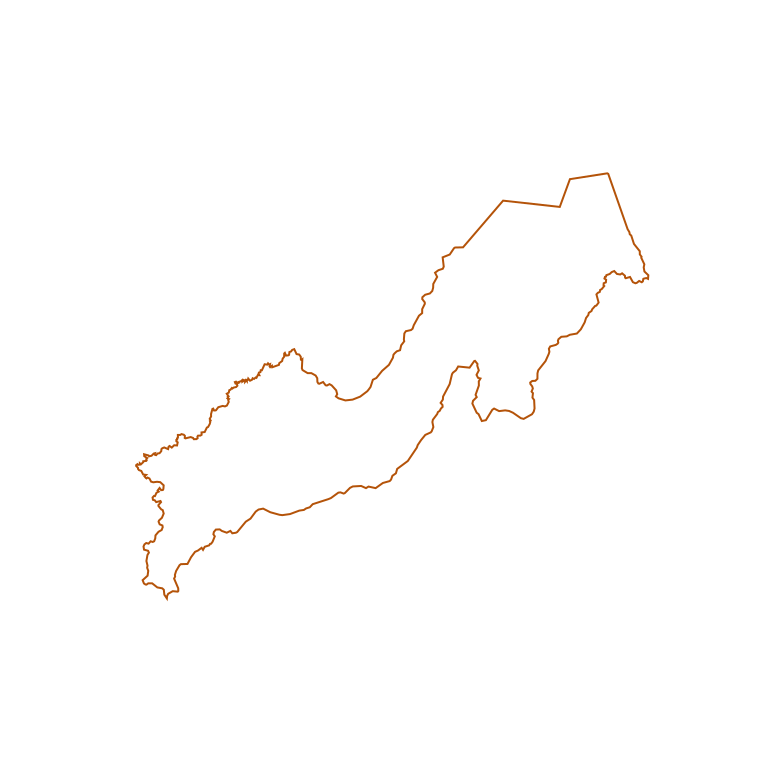 Balsas, Maranhão, Brazil, rotated 34°
{"feature_id": "56859067B97951536873323", "entity_name": "Balsas", "entity_type": "district", "adm_level": 2, "iso_a3": "BRA", "parent_name": "Brazil", "parent_adm1": "Maranhão", "projection": "natural_earth1", "projection_center": [-46.459, -8.287], "detail": "fine", "context": "isolated", "style": "outline", "palette": "amber", "viewbox_px": 768, "rotation_deg": 34, "n_neighbors": 0, "source": "geoboundaries", "source_scale": "gbopen_adm2", "svg_char_len": 6163}
<svg xmlns="http://www.w3.org/2000/svg" viewBox="0 0 768 768"><g transform="rotate(34 384 384)"><path d="M274.4,447.2L274.8,450.2L274.0,450.3L273.4,452.5L271.9,452.7L272.2,454.3L271.1,456.2L268.4,455.4L268.8,456.7L268.1,457.4L268.7,458.3L267.8,458.0L267.6,459.8L266.7,458.4L265.5,460.9L265.0,459.3L264.4,459.4L263.9,461.6L262.4,463.6L263.0,464.0L262.6,464.7L262.1,465.3L260.0,464.8L259.3,465.8L260.7,466.7L262.0,466.2L263.4,467.4L263.1,469.2L261.3,471.1L260.9,472.5L260.1,472.4L259.9,474.7L259.2,475.6L260.1,477.9L259.1,480.0L261.0,480.7L261.3,481.5L262.1,481.3L262.2,483.4L263.9,483.1L263.7,484.3L265.3,485.7L265.8,489.7L264.7,491.5L262.5,492.4L259.6,495.9L259.4,499.7L258.7,500.5L257.8,501.0L256.2,499.9L255.7,500.6L257.4,505.6L258.8,507.6L259.0,510.4L260.7,511.2L260.4,512.1L261.2,512.6L261.9,514.6L262.2,518.0L261.5,519.2L262.2,524.1L259.8,526.2L261.2,528.1L260.6,529.5L258.7,530.8L258.7,531.9L259.8,533.2L259.3,534.6L257.2,536.1L255.9,535.5L253.4,536.1L249.8,540.1L249.0,540.2L247.9,538.3L246.4,538.0L244.1,538.8L243.6,540.1L241.6,541.5L243.2,543.8L242.8,544.8L243.6,545.7L243.1,546.5L243.9,547.6L245.6,547.7L246.8,550.7L244.3,552.1L243.6,555.4L240.9,555.3L240.5,556.4L241.4,558.7L237.3,559.5L236.1,561.3L235.9,562.4L236.9,564.3L236.6,566.9L235.1,568.3L234.9,570.4L233.9,570.8L233.0,570.5L232.8,569.5L232.0,570.4L231.4,573.5L229.7,575.3L228.8,574.9L224.4,576.4L225.6,577.9L229.1,577.8L228.9,579.3L229.9,579.9L229.9,580.7L227.6,582.7L228.1,583.5L227.4,586.5L226.0,586.3L226.7,587.3L225.3,588.5L224.4,588.3L223.9,589.7L224.3,590.5L227.0,591.1L227.5,591.9L229.0,592.4L231.4,591.8L234.9,593.7L237.6,592.4L237.1,594.5L239.2,595.1L239.9,595.1L240.3,593.8L242.4,593.5L245.5,595.2L247.7,594.5L250.5,592.0L253.4,590.5L258.0,591.2L259.8,594.4L259.9,595.6L258.6,596.6L256.1,595.7L255.9,598.9L257.4,599.2L256.2,601.4L256.8,605.0L255.9,605.4L255.6,607.5L257.2,609.2L259.0,608.6L261.2,609.3L264.1,606.0L265.2,606.6L264.7,610.6L265.3,611.3L269.4,612.5L271.1,612.3L273.8,614.6L274.7,619.1L273.8,623.0L274.1,624.2L276.5,625.8L279.4,625.2L280.6,626.4L281.3,629.4L279.7,632.6L279.2,637.3L280.7,639.9L281.4,642.9L280.6,644.3L278.5,644.9L278.1,648.0L275.8,648.8L275.1,650.9L275.5,653.2L277.7,655.5L281.7,654.2L283.4,655.3L283.5,658.0L286.0,663.6L289.5,666.8L290.4,668.8L293.0,670.7L295.2,675.1L293.6,681.6L296.5,683.6L298.4,683.6L299.3,683.1L300.0,681.1L303.3,678.9L309.8,679.4L314.4,677.4L316.5,677.7L319.7,681.5L323.9,683.2L322.7,681.0L322.4,678.6L324.7,673.9L329.1,671.5L329.2,670.6L327.6,668.4L318.8,662.7L318.5,660.4L317.4,659.2L316.2,655.2L315.8,648.5L316.4,646.9L321.7,643.1L320.9,635.5L321.2,628.8L322.9,626.1L324.4,621.8L326.7,622.7L326.4,619.2L329.3,615.5L329.2,613.8L330.0,613.1L330.1,610.6L328.9,604.9L326.6,604.0L325.7,601.8L326.0,598.7L329.1,596.4L331.7,596.5L336.8,595.2L338.8,591.7L341.7,592.6L344.4,590.1L345.1,588.8L346.4,575.4L348.6,570.3L349.0,561.5L350.2,558.2L353.5,554.9L361.4,553.9L370.4,550.9L373.0,549.6L378.8,544.4L384.6,536.3L388.0,533.2L389.0,530.7L391.4,527.7L392.1,523.5L402.3,510.5L403.8,508.2L406.9,499.6L408.5,498.2L411.8,497.4L412.5,496.4L413.9,489.1L415.4,486.4L422.1,481.3L427.3,480.4L428.5,477.7L435.3,475.0L438.4,466.7L443.0,461.3L443.3,459.3L442.3,455.4L443.8,451.4L442.4,447.0L446.8,434.5L446.8,418.4L446.1,415.8L446.1,409.7L446.7,403.1L449.8,398.0L450.0,396.7L449.0,392.1L445.4,388.5L444.5,386.3L444.9,379.1L444.4,377.2L445.2,375.1L444.9,372.5L445.4,370.2L444.2,368.7L441.5,368.0L441.5,364.0L440.0,361.4L438.5,347.4L434.9,337.9L434.8,336.1L436.0,332.4L435.7,328.0L445.8,322.6L446.0,314.5L446.5,313.9L450.3,315.1L451.1,316.7L455.0,319.7L455.6,324.7L458.5,326.3L460.9,325.5L461.1,328.8L463.5,332.2L466.0,341.8L468.2,343.0L467.2,348.1L468.2,350.8L476.9,356.0L479.2,356.1L485.8,360.0L488.7,357.0L488.2,344.8L489.0,342.8L494.6,342.1L499.2,338.1L502.8,336.4L507.0,335.7L516.6,335.8L519.3,334.8L523.6,326.3L523.6,323.2L522.5,320.1L517.4,313.3L514.7,312.3L512.6,308.3L510.6,307.8L509.9,304.5L508.2,303.1L505.3,302.1L504.4,301.0L505.2,298.6L507.7,296.7L508.3,293.9L505.3,289.4L504.2,286.5L505.1,274.7L503.8,267.1L503.1,264.8L501.0,262.6L500.8,259.9L504.6,255.5L505.4,253.5L505.4,252.3L504.0,250.9L503.6,249.3L504.6,245.7L508.9,242.3L510.5,239.3L515.7,234.3L516.6,228.6L515.9,220.7L514.6,216.3L514.8,212.6L514.0,210.5L515.2,207.5L514.8,205.6L515.4,201.2L516.2,200.3L516.4,196.5L510.0,190.9L510.3,188.8L511.4,187.0L510.6,185.1L511.4,183.7L511.8,179.6L510.8,179.4L509.8,177.6L511.1,175.7L509.8,173.3L507.8,173.3L507.3,171.6L508.0,170.9L507.5,169.4L509.6,166.6L510.2,163.9L511.7,161.6L515.6,162.5L518.6,161.1L519.5,159.1L523.2,159.5L524.4,161.0L525.3,161.1L528.1,157.7L533.4,160.4L536.1,159.9L537.0,158.8L537.9,155.9L540.8,155.5L541.2,154.2L540.2,151.8L540.6,151.2L542.2,149.5L544.1,149.2L542.3,146.0L537.0,145.1L534.1,142.1L532.9,139.2L526.7,135.5L526.4,134.5L523.6,133.5L521.8,130.9L512.9,128.1L506.0,122.7L504.0,122.4L502.4,120.8L499.5,119.5L452.4,84.4L451.3,84.5L423.6,110.2L430.7,138.9L380.2,165.4L373.1,226.5L366.6,231.1L366.1,232.2L366.1,239.9L361.8,246.2L367.9,253.3L368.3,255.6L365.5,259.2L364.1,263.2L368.2,265.5L368.9,273.5L370.9,276.7L372.0,279.9L371.4,283.3L368.2,287.0L367.3,290.6L368.2,292.2L372.1,293.5L373.0,294.7L373.8,300.6L376.0,303.9L374.8,307.8L375.8,318.6L376.8,322.2L376.2,324.2L372.6,328.0L372.6,330.7L375.6,336.0L376.9,337.3L376.6,342.3L378.4,347.0L376.3,349.8L375.6,352.9L375.5,354.5L376.7,357.2L377.4,365.4L375.1,374.1L374.3,383.3L372.4,386.7L374.5,394.0L374.4,396.9L374.2,399.3L371.3,407.8L366.7,414.5L361.2,419.2L354.3,421.3L351.1,421.2L350.9,418.6L347.9,416.0L341.4,414.4L338.9,414.6L337.5,417.2L336.3,417.7L332.4,416.4L330.2,420.0L329.3,420.3L327.6,419.5L325.4,416.5L322.6,415.2L317.7,415.6L314.6,417.7L308.7,418.0L307.2,417.0L302.5,409.2L302.2,410.3L301.5,410.3L299.7,407.9L297.2,407.0L294.8,408.1L290.1,405.3L288.8,407.1L288.8,408.9L287.7,410.4L289.0,412.9L288.7,413.7L286.9,415.2L284.4,413.6L284.2,414.5L286.0,417.3L285.8,419.6L286.7,421.9L285.5,425.3L286.2,426.9L282.0,432.6L280.9,431.5L280.2,433.7L279.2,433.3L278.4,431.3L277.9,432.1L276.3,431.7L276.4,433.2L274.0,434.4L275.1,440.9L274.1,441.5L274.9,443.3L273.9,444.5L274.2,445.6L275.7,446.4L274.4,447.2Z" fill="none" stroke="#b45309" stroke-width="2"/></g></svg>